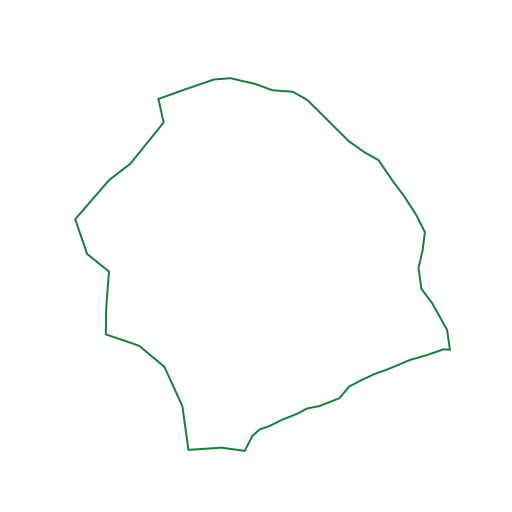 Goufes, Cyprus, rotated 161°
{"feature_id": "46923920B80700863058224", "entity_name": "Goufes", "entity_type": "district", "adm_level": 2, "iso_a3": "CYP", "parent_name": "Cyprus", "parent_adm1": "", "projection": "natural_earth1", "projection_center": [33.693, 35.284], "detail": "fine", "context": "isolated", "style": "outline", "palette": "green", "viewbox_px": 512, "rotation_deg": 161, "n_neighbors": 0, "source": "geoboundaries", "source_scale": "gbopen_adm2", "svg_char_len": 809}
<svg xmlns="http://www.w3.org/2000/svg" viewBox="0 0 512 512"><g transform="rotate(161 256 256)"><path d="M383.0,94.7L351.0,86.0L330.1,75.4L317.7,87.3L309.0,90.8L299.4,90.8L285.4,92.6L267.9,93.5L257.5,95.2L245.2,93.5L223.4,94.4L210.3,102.3L198.1,104.1L182.4,105.9L170.2,105.9L157.1,106.7L144.0,107.6L127.4,106.7L109.1,106.7L103.1,104.3L99.4,124.1L104.9,154.5L110.3,171.1L106.2,191.8L96.7,207.0L88.5,223.6L91.2,243.0L96.7,265.1L102.1,281.7L108.9,306.6L119.9,319.0L130.8,334.2L139.0,350.8L148.5,370.2L156.7,386.8L167.6,399.2L186.7,407.5L200.3,418.6L222.2,432.4L238.5,436.6L269.9,436.6L297.1,436.3L299.9,412.3L344.7,384.2L370.2,375.6L415.0,349.6L415.0,312.9L400.1,289.1L415.0,254.5L423.5,230.8L395.8,209.2L378.7,181.1L376.6,159.5L374.5,137.9L383.0,94.7Z" fill="none" stroke="#15803d" stroke-width="2"/></g></svg>